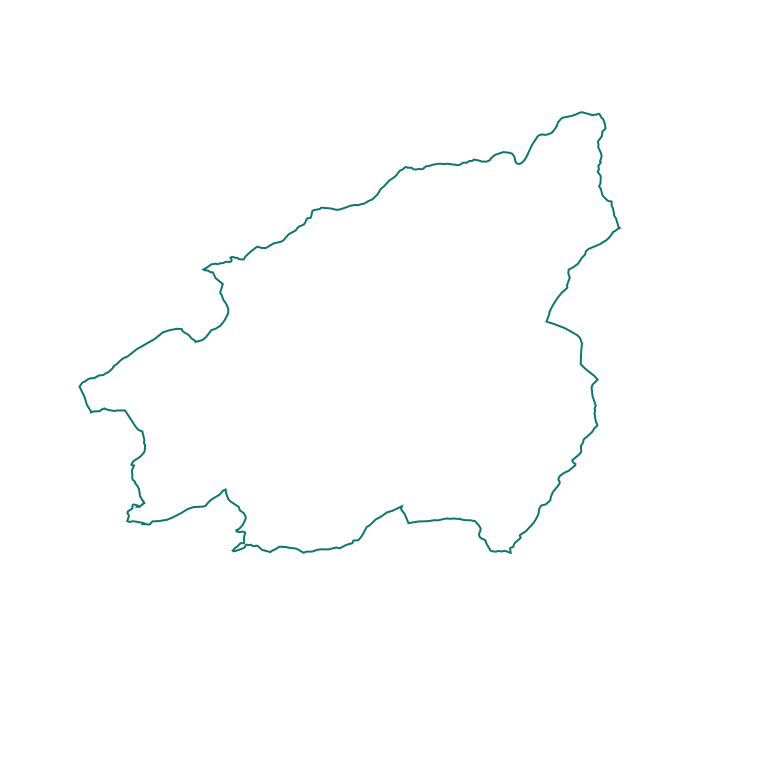 the district of Chilla, El Oro, Ecuador, rotated 252°
{"feature_id": "8360857B68230797378495", "entity_name": "Chilla", "entity_type": "district", "adm_level": 2, "iso_a3": "ECU", "parent_name": "Ecuador", "parent_adm1": "El Oro", "projection": "equal_earth", "projection_center": [-79.628, -3.439], "detail": "fine", "context": "isolated", "style": "outline", "palette": "teal", "viewbox_px": 768, "rotation_deg": 252, "n_neighbors": 0, "source": "geoboundaries", "source_scale": "gbopen_adm2", "svg_char_len": 6157}
<svg xmlns="http://www.w3.org/2000/svg" viewBox="0 0 768 768"><g transform="rotate(252 384 384)"><path d="M459.5,656.4L461.0,655.6L469.6,655.8L473.1,655.0L480.2,656.1L482.9,655.6L487.3,656.8L488.3,654.6L489.4,653.3L494.9,650.4L496.4,650.1L502.4,650.5L505.6,649.7L508.2,652.0L514.8,654.4L519.8,652.8L521.8,654.8L525.2,655.2L527.4,658.4L528.2,658.7L528.9,658.2L533.2,661.3L536.4,661.8L543.0,660.9L545.5,662.0L548.5,662.4L552.2,667.6L556.8,669.9L557.8,672.6L558.6,673.7L563.1,674.4L568.3,674.3L569.8,673.2L574.2,672.3L574.7,671.5L574.6,669.1L575.1,667.5L575.1,665.7L581.1,656.6L581.6,654.6L581.0,648.9L581.0,644.8L582.1,635.9L581.1,633.6L579.1,630.4L576.3,628.3L574.1,625.9L571.4,621.9L570.9,619.9L570.8,616.2L571.2,613.9L572.4,611.8L572.7,609.9L572.5,607.6L571.7,606.2L565.6,598.6L555.9,589.6L553.0,586.0L551.6,582.7L551.5,581.0L552.3,578.8L553.0,578.3L555.0,577.8L559.8,578.2L563.3,577.1L565.0,575.1L567.7,569.2L567.6,560.6L566.2,556.6L564.0,553.4L563.8,550.5L565.1,546.1L567.0,543.6L569.7,538.9L568.9,537.0L569.7,533.9L568.9,531.3L570.1,527.3L569.1,524.3L569.2,522.8L569.4,521.3L570.4,520.1L571.2,517.8L573.7,512.9L574.8,508.6L576.4,504.8L577.4,498.8L577.4,495.1L577.9,491.9L577.9,490.8L576.7,487.9L576.5,486.4L577.7,483.6L578.4,479.6L579.0,478.6L581.2,476.9L582.5,473.2L583.7,472.0L583.3,470.2L582.2,467.8L582.0,465.1L578.6,460.1L577.3,457.0L576.0,452.1L572.0,445.1L570.6,441.3L566.1,436.1L563.3,430.2L562.6,424.7L561.6,420.7L562.1,418.6L562.0,414.9L563.3,411.7L563.9,407.2L563.6,399.6L563.8,394.6L564.6,392.2L567.5,387.5L571.1,378.8L570.3,377.2L571.0,370.5L570.8,369.4L565.1,366.1L564.8,364.6L565.3,363.0L565.1,361.8L561.9,358.9L560.4,357.0L559.9,351.1L557.3,347.4L555.9,339.7L551.8,332.9L551.4,331.6L551.1,329.5L551.9,322.7L549.8,313.6L551.4,309.3L553.5,306.5L553.4,304.4L551.1,298.2L548.0,291.5L545.8,289.0L547.3,285.0L549.2,283.7L549.7,282.2L551.9,278.7L551.6,277.0L549.5,277.5L548.2,276.9L547.7,276.2L547.9,274.1L548.7,272.9L549.1,271.2L548.7,268.4L549.4,265.6L549.3,263.1L550.7,260.5L550.7,259.0L551.2,256.9L549.3,251.0L548.7,247.6L547.5,248.8L546.1,251.9L544.0,253.4L543.0,255.8L536.7,256.5L528.9,261.6L522.1,256.8L521.0,256.4L518.8,257.1L513.8,257.2L508.9,258.7L503.9,259.2L499.6,257.8L494.8,253.1L492.7,250.6L490.0,246.2L488.6,241.1L488.6,236.5L483.6,229.2L482.1,225.4L481.9,223.2L482.3,217.7L483.5,217.6L486.4,215.3L491.1,213.3L495.1,209.8L497.0,208.6L498.7,208.6L500.5,204.1L501.4,197.2L501.5,190.6L501.3,189.2L497.7,179.8L493.4,159.2L489.3,148.3L489.2,145.0L488.4,142.2L486.6,137.9L485.5,136.1L484.6,132.6L484.1,131.9L483.7,132.0L482.4,130.0L480.3,125.1L480.2,122.9L479.3,119.7L480.2,115.6L479.2,110.3L480.2,106.1L479.9,103.4L478.8,100.6L478.6,97.7L475.6,93.6L464.0,95.2L455.9,95.0L449.0,96.7L447.6,96.4L447.7,99.1L446.0,105.3L447.1,108.2L447.1,110.8L446.4,111.2L444.7,113.6L441.7,119.1L441.3,121.9L438.9,129.5L419.4,134.8L416.2,136.3L413.5,139.5L404.9,138.8L401.9,137.4L399.8,138.0L394.4,135.8L392.9,134.4L390.2,129.8L388.0,121.7L385.4,118.9L384.7,119.4L383.7,121.1L381.4,118.9L379.0,117.2L375.7,116.7L372.3,115.5L370.5,115.6L368.0,116.9L366.5,116.8L362.5,118.1L359.3,118.5L353.0,117.3L348.0,118.3L347.1,119.1L346.3,118.6L344.8,119.3L344.2,117.0L342.6,113.1L343.4,112.2L343.6,111.2L344.4,112.3L346.1,109.9L346.7,108.7L346.7,108.0L346.0,107.1L343.7,106.4L343.1,105.5L342.1,101.3L341.1,100.4L340.1,100.1L339.1,100.6L337.1,100.6L333.0,97.5L331.5,99.1L331.1,102.6L330.1,104.9L326.1,112.3L325.3,111.2L324.3,114.4L322.9,116.9L323.1,118.2L324.9,121.3L323.2,127.5L321.9,135.8L322.4,141.8L323.8,150.6L325.6,158.1L325.8,161.0L325.8,164.7L323.3,174.2L323.2,176.6L325.9,180.7L327.3,183.7L329.6,193.4L332.3,198.0L332.6,200.7L329.3,200.1L322.8,200.3L319.8,201.7L311.9,207.9L308.5,207.8L304.4,210.8L300.2,211.4L298.6,210.8L293.7,206.2L291.2,202.0L290.6,199.8L290.8,198.7L290.1,198.2L289.2,198.4L288.7,199.1L287.8,201.3L287.1,204.6L286.2,205.7L285.6,205.9L284.9,205.9L282.7,204.1L278.5,202.3L276.9,202.3L275.9,201.6L276.9,198.4L274.5,193.5L274.1,191.5L272.7,189.7L272.3,188.6L271.5,189.0L271.2,189.9L271.1,193.4L271.3,199.3L271.8,201.3L273.4,202.5L273.6,203.8L272.5,205.8L272.2,208.0L270.7,208.8L270.1,209.8L269.6,212.8L269.2,213.8L264.1,216.6L259.3,223.9L260.1,226.4L260.4,229.8L261.4,233.3L261.4,234.8L259.5,239.4L259.2,240.7L257.9,242.3L255.7,247.4L254.0,250.4L248.3,255.4L248.6,258.2L246.8,263.9L246.9,269.4L246.3,272.8L243.8,280.2L243.3,287.9L241.4,291.5L242.5,297.0L242.6,302.1L242.3,304.2L242.7,305.1L244.3,306.2L244.5,307.2L243.5,310.2L243.5,311.5L245.0,314.0L247.4,317.2L253.3,323.4L254.3,327.5L257.7,334.1L258.9,340.8L261.0,346.9L260.8,352.7L262.2,363.2L259.9,361.6L258.1,361.9L254.6,363.4L244.1,364.3L242.7,373.9L239.8,384.0L238.9,390.0L237.6,393.5L236.9,401.5L235.3,405.3L234.6,408.6L232.5,413.4L232.3,414.8L231.8,414.9L229.7,418.5L227.8,423.8L225.7,427.7L225.1,428.4L219.9,430.6L217.1,431.2L214.8,430.5L212.0,428.0L210.3,427.7L208.4,427.9L206.2,429.7L205.1,431.3L203.8,432.1L201.3,432.0L192.6,433.8L191.4,435.4L190.1,438.1L189.7,441.4L188.4,444.1L188.0,447.4L184.3,452.3L188.7,453.1L189.1,453.9L189.2,456.6L191.3,458.0L192.6,459.6L195.3,466.2L196.0,466.6L197.6,466.1L198.3,466.5L200.2,473.6L205.5,483.0L207.3,485.4L211.4,489.7L213.6,491.3L216.7,492.6L219.3,495.1L219.9,496.9L219.5,499.9L219.7,501.1L222.0,506.2L225.2,507.9L228.8,511.0L233.4,518.0L235.2,520.3L236.8,520.9L239.1,520.3L240.4,521.0L242.0,522.6L243.7,527.0L244.4,532.9L247.6,540.8L248.8,541.3L251.4,539.4L253.1,539.5L253.9,540.8L256.7,548.0L258.5,550.6L264.2,552.1L266.9,555.3L269.2,556.5L270.3,558.2L270.9,560.2L274.1,567.2L276.9,570.4L278.6,574.0L279.4,574.3L282.1,573.9L286.4,574.3L288.8,575.0L290.7,574.9L293.0,576.5L295.5,576.7L298.0,578.7L307.9,578.6L315.9,580.2L317.5,580.9L319.0,582.3L322.1,588.5L326.3,586.8L336.5,580.0L342.1,577.2L354.3,581.7L361.4,584.8L367.3,584.6L370.9,582.7L380.9,573.6L387.8,565.2L393.1,557.8L398.5,562.1L401.7,563.9L406.4,568.6L411.8,575.0L416.0,581.3L418.8,588.0L421.9,588.9L427.6,593.5L432.0,593.4L435.8,595.0L436.6,600.2L438.4,605.6L442.6,610.8L445.1,615.3L447.8,617.1L448.5,618.3L449.3,621.1L450.3,633.1L451.4,636.5L451.9,639.6L454.1,644.2L457.8,649.0L458.3,651.7L459.4,654.9L459.5,656.4Z" fill="none" stroke="#0f766e" stroke-width="2"/></g></svg>